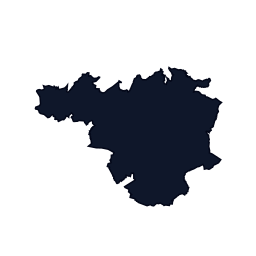 outline of Valle de Guadalupe, Jalisco, Mexico, rotated 15°
{"feature_id": "50627088B71389499937182", "entity_name": "Valle de Guadalupe", "entity_type": "district", "adm_level": 2, "iso_a3": "MEX", "parent_name": "Mexico", "parent_adm1": "Jalisco", "projection": "albers", "projection_center": [-102.657, 21.043], "detail": "fine", "context": "isolated", "style": "filled", "palette": "ink", "viewbox_px": 256, "rotation_deg": 15, "n_neighbors": 0, "source": "geoboundaries", "source_scale": "gbopen_adm2", "svg_char_len": 5787}
<svg xmlns="http://www.w3.org/2000/svg" viewBox="0 0 256 256"><g transform="rotate(15 128 128)"><path d="M191.4,60.7L188.9,62.4L187.9,63.6L183.9,63.2L182.6,63.8L181.7,65.0L179.5,65.0L178.2,65.0L176.8,63.9L175.3,63.5L174.5,62.3L172.8,63.3L172.5,62.7L171.4,63.0L171.6,62.2L170.6,62.3L170.3,61.1L169.1,60.5L169.2,60.1L170.5,59.7L168.6,58.6L168.6,58.2L167.4,58.4L166.7,57.9L166.4,58.3L163.9,58.0L161.6,58.9L157.6,58.5L154.8,60.0L152.0,59.0L152.1,60.2L153.1,60.0L153.5,60.7L153.3,61.3L156.2,63.4L156.4,64.4L158.2,64.9L157.9,65.8L157.4,66.1L157.3,68.4L157.8,70.6L157.1,71.7L154.9,71.0L154.4,70.7L154.4,70.1L152.7,69.5L154.1,71.9L153.6,74.3L153.7,75.9L151.7,75.8L150.0,73.7L150.1,73.2L150.7,73.1L151.0,72.7L149.7,69.4L150.3,69.3L149.9,68.5L150.6,68.1L150.0,67.5L149.3,67.8L148.0,67.3L148.6,68.1L147.2,68.0L147.1,64.5L145.6,64.2L145.7,63.0L144.4,62.5L144.3,65.2L143.2,65.5L142.4,66.2L140.3,67.1L139.4,68.3L139.4,70.1L138.6,70.4L136.9,72.6L135.6,72.8L135.3,73.9L134.6,74.3L134.5,75.4L133.7,75.6L133.1,76.7L128.9,77.7L129.1,77.6L128.3,76.9L127.2,76.3L126.6,74.8L125.4,73.9L123.5,74.8L123.1,75.8L123.4,76.9L121.5,78.8L121.3,81.9L121.6,83.4L121.1,84.2L120.5,88.5L120.7,89.1L120.3,89.6L120.0,91.7L119.1,92.9L118.4,93.1L118.1,92.1L116.9,91.6L116.2,92.4L115.5,92.5L115.3,93.1L114.1,93.1L113.4,93.5L112.2,93.0L109.9,93.0L109.7,92.2L108.4,90.7L107.3,86.8L107.6,86.2L110.2,85.7L107.2,84.8L107.1,85.8L107.5,86.0L106.7,86.4L102.5,92.2L98.5,96.4L96.7,99.5L94.7,100.7L91.1,100.2L91.1,99.4L89.9,98.2L89.9,97.7L87.3,98.3L86.0,98.0L85.8,95.4L82.7,94.9L82.7,94.2L81.8,93.3L82.0,92.8L84.9,91.2L87.1,87.3L86.4,87.0L88.0,86.3L86.4,86.3L85.3,87.9L82.0,89.0L78.9,87.6L78.5,87.1L76.6,88.0L75.9,84.9L74.5,85.2L73.0,87.6L72.1,87.4L70.2,87.8L70.1,88.4L70.5,89.1L70.2,90.6L68.1,93.0L67.6,96.2L67.2,95.9L65.8,96.8L64.5,98.4L65.0,99.3L64.9,100.6L64.5,101.3L64.7,101.9L63.7,102.8L63.4,103.4L63.7,104.4L62.5,105.5L62.5,106.6L61.9,107.0L61.2,108.7L60.4,109.0L59.3,108.6L59.3,106.4L59.1,105.9L58.4,105.7L58.8,104.3L58.4,102.2L57.8,103.8L56.4,105.9L51.6,108.7L50.0,108.3L50.5,107.6L50.2,107.1L50.1,107.7L49.0,108.1L48.5,108.8L48.3,108.2L48.9,107.0L48.5,106.9L48.1,107.4L47.2,107.5L45.9,106.8L45.8,108.0L40.6,107.6L37.4,109.3L35.5,109.1L37.1,111.6L36.8,112.6L34.9,113.8L32.3,113.9L30.8,114.8L30.2,115.7L30.3,116.3L34.4,120.1L35.2,121.3L37.3,127.4L36.8,129.4L33.5,131.8L33.6,133.3L34.1,133.6L36.0,133.3L37.3,134.3L38.4,136.0L39.7,136.6L43.6,136.6L47.9,138.7L49.4,137.8L50.9,135.0L52.2,134.5L52.8,135.2L52.7,135.7L53.0,136.0L55.0,136.3L55.1,138.4L56.0,138.4L56.4,137.9L58.4,138.2L59.0,138.6L58.7,139.3L59.2,139.6L62.2,136.9L63.8,136.6L64.9,134.4L65.1,132.5L66.9,132.4L67.9,132.9L67.6,131.3L69.6,128.0L71.9,129.6L71.9,130.6L70.7,131.6L70.6,132.6L71.7,133.0L73.3,135.4L74.0,135.7L77.7,134.4L78.4,133.5L83.3,132.5L84.3,132.9L84.8,134.0L86.0,134.6L87.0,135.7L88.1,134.4L87.9,133.6L89.2,131.5L90.8,130.3L91.5,130.2L92.2,130.9L92.7,132.7L95.3,134.2L94.3,135.8L93.7,136.0L93.5,136.8L93.1,137.0L93.4,138.0L92.6,138.3L92.5,140.3L91.7,140.8L92.2,141.3L91.9,142.5L92.6,143.2L92.1,143.6L92.3,143.8L92.1,144.3L93.4,144.5L93.4,145.6L94.2,146.4L94.0,147.5L95.0,148.1L94.9,148.6L95.9,149.9L96.1,151.0L96.7,151.8L96.7,152.7L94.5,155.8L102.4,155.3L107.8,154.0L114.4,153.6L120.9,155.3L120.6,157.7L120.0,158.3L119.0,158.6L119.6,161.0L119.5,162.9L119.8,163.5L119.1,163.8L120.1,164.9L120.5,165.8L120.3,166.3L118.1,167.6L118.0,170.5L120.3,170.8L120.1,171.7L125.7,177.6L125.7,178.2L126.9,178.5L127.3,180.5L128.1,180.9L128.3,181.7L129.9,182.5L131.3,184.2L131.8,184.4L133.3,183.3L133.9,180.8L134.5,180.5L135.2,181.2L135.9,180.3L135.7,179.9L137.2,178.9L137.5,177.2L138.9,176.3L138.4,174.1L140.9,174.3L141.9,174.1L142.1,173.6L142.8,174.0L142.8,170.7L143.3,170.4L144.6,170.7L144.8,170.3L145.4,170.7L146.7,175.3L148.2,175.8L148.4,176.5L139.9,185.6L140.6,186.2L144.6,186.9L145.0,187.6L145.1,189.5L146.5,190.0L147.8,191.1L148.5,191.1L148.8,191.4L147.9,192.3L148.0,194.5L152.4,194.5L153.5,195.0L153.5,195.7L154.9,195.8L155.2,196.5L157.1,196.6L157.2,197.2L166.5,198.1L169.4,196.2L171.3,196.7L173.0,196.5L174.7,193.8L175.5,193.3L177.3,193.1L178.2,192.3L179.0,192.2L182.1,193.0L182.8,193.5L184.3,192.6L188.0,192.1L188.1,190.4L190.4,189.9L189.9,186.8L189.8,187.1L188.9,187.1L188.9,186.7L190.3,186.4L190.0,185.3L192.6,181.9L192.7,181.4L194.2,179.8L194.4,179.1L197.5,177.2L200.0,177.9L200.0,177.2L201.4,176.1L200.9,175.5L201.1,174.9L202.2,173.9L201.9,172.6L202.0,169.8L201.2,169.9L200.8,168.6L198.0,165.8L198.0,165.2L196.9,164.7L196.3,163.8L195.9,164.0L196.0,164.5L195.6,164.2L195.0,161.2L194.4,160.1L195.1,158.1L194.8,156.6L197.6,153.5L198.5,153.3L198.5,152.9L199.7,152.2L199.4,151.6L199.7,151.3L200.7,151.4L202.2,150.3L205.0,147.5L206.6,146.8L209.7,143.8L211.4,145.5L212.4,148.0L214.5,146.9L216.9,146.9L218.5,145.5L218.7,144.6L219.8,144.1L220.1,142.3L221.0,140.8L221.5,140.8L224.4,138.2L225.8,134.6L215.8,131.3L213.1,131.0L212.7,128.8L210.7,124.9L210.1,120.9L209.3,120.0L209.4,117.9L208.5,116.6L207.6,113.9L206.8,114.0L204.4,111.4L204.5,110.9L206.3,110.6L206.7,111.0L206.7,111.4L207.4,111.5L207.1,110.9L207.7,110.7L208.0,110.2L207.7,109.8L208.9,108.7L207.7,106.9L207.9,106.3L208.7,106.0L209.9,104.6L209.2,103.9L209.8,103.4L209.8,97.4L210.4,97.4L210.8,96.3L210.0,94.6L210.7,94.3L210.2,93.1L210.5,92.5L210.1,91.9L210.4,90.8L210.2,90.5L210.7,89.9L211.0,88.7L210.1,87.2L209.6,87.0L209.6,84.4L209.7,82.5L211.7,79.1L209.8,78.7L205.1,76.7L204.1,77.8L202.2,78.8L196.4,77.6L195.0,78.0L193.9,76.5L190.9,76.9L188.7,75.9L188.3,75.3L186.6,74.7L184.0,75.1L182.1,76.2L181.9,72.4L182.8,72.0L182.8,70.8L183.4,69.8L183.9,69.7L184.2,68.7L186.4,69.6L187.2,69.1L188.6,69.5L189.1,69.1L190.8,69.0L191.2,68.5L191.9,68.6L192.9,67.9L194.3,67.4L194.8,66.0L194.0,63.5L194.9,62.0L195.3,60.8L194.3,59.4L193.5,59.2L192.3,60.9L191.4,60.7Z" fill="#0f172a" stroke="#020617" stroke-width="1.5"/></g></svg>